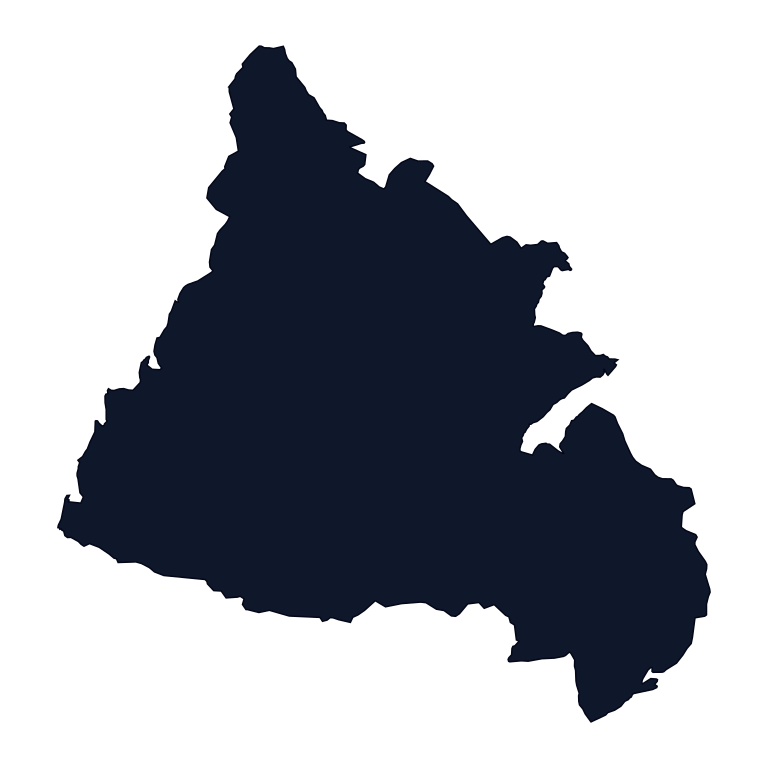 Hartiesti, Arges, Romania
{"feature_id": "2599482B18059402589847", "entity_name": "Hartiesti", "entity_type": "district", "adm_level": 2, "iso_a3": "ROU", "parent_name": "Romania", "parent_adm1": "Arges", "projection": "albers", "projection_center": [25.135, 45.121], "detail": "fine", "context": "isolated", "style": "filled", "palette": "ink", "viewbox_px": 768, "rotation_deg": 0, "n_neighbors": 0, "source": "geoboundaries", "source_scale": "gbopen_adm2", "svg_char_len": 6064}
<svg xmlns="http://www.w3.org/2000/svg" viewBox="0 0 768 768"><path d="M706.5,614.9L706.5,604.1L708.3,596.7L710.1,592.2L709.7,589.2L705.2,574.3L706.6,568.8L706.8,564.6L705.3,561.4L698.3,551.5L694.8,544.6L694.9,541.9L697.1,537.1L695.7,534.7L686.1,530.7L682.1,528.0L681.3,526.8L682.1,514.9L683.0,511.6L694.8,503.7L691.1,489.0L689.2,487.7L683.6,487.5L677.6,485.7L676.3,484.8L673.2,480.2L671.2,478.9L662.4,478.8L658.0,477.3L654.7,474.8L650.5,469.2L641.5,465.3L635.7,461.2L632.6,457.2L630.5,453.3L624.8,440.9L622.7,433.8L617.5,423.5L615.0,416.9L613.5,415.2L602.4,408.8L591.6,403.6L586.5,407.7L582.7,411.7L579.1,414.7L578.2,416.1L576.3,417.1L573.9,420.3L571.6,420.7L569.9,425.0L566.4,428.4L565.7,431.5L565.4,436.5L562.6,441.0L560.2,443.8L559.7,446.9L563.6,453.3L562.2,453.3L558.0,450.8L549.6,444.2L547.2,444.1L546.0,443.3L541.5,443.9L539.0,444.9L535.2,449.3L532.5,455.1L521.1,451.8L519.9,450.7L519.9,448.7L520.8,445.2L522.5,441.4L521.6,437.8L523.0,435.7L524.0,432.8L525.0,432.3L526.8,428.9L529.0,426.3L529.3,424.3L531.0,424.2L533.0,422.7L537.0,421.5L543.2,416.7L546.8,412.5L549.9,409.8L553.0,404.5L556.7,402.5L559.6,399.8L561.8,398.6L564.5,397.9L567.7,393.9L571.6,390.0L582.2,384.8L589.6,380.3L592.5,377.9L596.3,376.9L600.2,377.1L602.9,374.8L604.2,372.4L604.0,369.5L604.5,369.7L607.0,374.3L608.0,375.3L615.5,366.6L616.4,364.9L614.6,363.4L614.5,362.4L617.8,359.8L615.0,359.1L609.2,359.0L607.5,356.9L605.4,356.2L603.3,354.5L600.3,355.5L595.4,355.6L590.9,350.9L587.9,345.7L583.0,340.5L581.2,337.4L581.9,334.1L581.0,333.0L577.5,332.2L572.4,332.5L568.1,333.5L565.8,335.3L564.0,335.5L562.4,335.1L559.4,333.0L553.1,330.4L541.0,325.9L537.9,325.8L533.9,326.5L533.1,325.7L533.3,324.0L534.2,322.2L535.3,317.6L534.7,314.8L534.4,309.0L536.2,306.2L536.9,303.9L538.4,302.4L539.0,299.2L541.2,296.3L542.0,293.3L541.8,290.1L544.4,287.6L544.6,286.6L542.7,284.0L543.7,280.4L545.2,279.6L546.7,276.9L549.5,276.1L552.5,268.3L553.9,266.7L557.3,266.5L558.6,267.2L560.8,269.9L562.2,270.6L568.5,269.4L570.1,270.4L571.4,269.9L571.6,269.1L569.3,266.3L568.8,263.8L565.5,261.0L565.5,259.9L566.9,259.1L568.0,257.6L567.2,256.5L564.6,253.3L561.5,251.8L559.4,247.9L558.8,245.7L556.6,242.6L547.6,243.3L543.0,240.9L541.3,241.1L537.7,244.5L530.6,245.3L526.1,244.8L521.1,248.3L516.9,242.1L510.2,237.1L507.0,236.4L502.4,237.7L490.8,244.3L466.6,216.0L457.5,203.8L451.6,199.7L448.4,196.5L424.9,181.6L429.4,174.4L433.6,166.1L432.1,163.7L427.7,161.0L418.0,161.1L410.3,158.4L401.4,162.6L394.8,168.5L389.3,174.8L385.7,187.0L383.9,189.0L379.2,187.0L373.6,182.2L365.2,178.7L357.6,173.1L358.3,169.6L359.6,168.1L363.2,166.2L364.7,164.5L365.9,154.7L350.1,147.6L349.9,146.9L361.5,143.3L364.1,143.1L364.6,142.3L364.3,141.4L362.0,139.7L347.4,131.5L346.0,129.7L346.2,125.1L344.3,123.0L339.4,122.8L332.4,120.6L326.5,120.2L325.2,115.4L323.1,112.9L322.1,110.4L319.5,107.4L314.1,97.9L308.5,94.6L306.1,90.7L304.8,87.4L296.1,76.8L295.4,69.1L291.8,62.6L289.0,60.8L287.2,58.4L285.3,53.4L284.6,49.4L283.3,46.3L273.5,48.6L269.4,47.9L264.4,47.8L261.3,46.2L259.2,46.1L250.2,54.6L242.3,64.1L243.0,67.4L236.7,73.7L235.5,76.3L235.0,79.0L228.7,87.0L229.2,87.2L229.3,91.9L233.9,108.9L229.8,114.0L231.7,117.1L230.1,122.8L236.3,137.5L238.4,151.1L228.8,156.4L224.7,166.7L225.1,168.7L222.1,171.3L208.7,187.6L206.9,198.0L216.3,209.4L229.7,216.6L227.7,220.9L225.3,224.4L219.9,230.2L217.5,233.6L214.7,245.0L211.5,249.5L209.5,262.0L210.0,267.2L212.9,270.7L211.6,272.3L197.8,281.0L187.9,284.5L185.5,286.0L183.6,287.7L180.0,293.5L177.9,299.3L178.4,302.1L176.9,302.0L175.2,300.8L171.3,311.4L169.4,314.2L168.1,323.1L166.9,326.8L164.4,329.7L159.9,337.4L157.0,338.0L155.0,345.0L154.0,351.3L154.9,355.0L157.0,357.6L158.3,363.3L161.7,368.1L159.9,369.7L152.2,369.3L147.5,365.6L147.1,364.5L148.3,362.7L148.3,360.5L149.6,357.0L149.0,356.2L146.4,357.4L145.3,359.1L143.7,360.2L143.0,361.5L141.4,362.6L139.3,372.4L139.8,377.5L140.5,379.9L140.2,382.5L133.0,390.3L128.5,390.0L123.7,388.6L119.3,388.9L114.1,390.5L111.1,390.3L108.5,388.7L107.5,390.4L107.9,393.6L105.9,394.2L105.0,396.1L105.1,402.7L106.2,409.5L106.2,419.5L107.1,421.2L104.5,423.9L104.0,425.6L102.2,426.0L99.1,423.3L97.5,420.9L95.9,420.7L95.3,421.1L94.9,431.9L90.0,442.1L87.3,449.1L85.5,451.4L82.6,456.6L77.9,460.2L79.7,462.6L78.3,466.7L78.3,468.7L77.1,473.2L77.1,475.8L78.0,478.7L80.0,492.8L83.4,496.9L80.8,503.1L68.4,501.8L69.1,500.0L67.5,499.4L69.5,495.3L66.9,495.5L65.0,498.8L64.6,502.5L61.2,519.2L58.3,525.3L57.9,527.6L58.9,527.6L59.8,529.3L61.1,528.9L61.8,530.1L63.7,531.1L64.9,535.6L67.4,537.5L71.0,537.4L78.4,541.5L81.1,544.3L84.0,546.2L89.5,543.6L99.2,547.3L109.1,554.0L113.9,558.1L116.5,558.8L118.1,562.5L135.9,561.9L141.5,563.5L149.4,567.6L154.5,571.9L163.8,575.5L205.1,579.5L206.9,581.4L207.5,583.9L213.7,590.6L221.2,591.0L226.1,597.9L237.5,597.1L240.2,596.3L244.1,598.8L242.5,604.5L246.0,609.6L247.5,609.6L258.9,612.5L269.4,610.3L289.2,616.0L320.0,617.4L322.5,621.3L327.1,620.1L330.2,617.6L333.1,617.8L338.7,619.7L350.4,622.4L352.8,617.3L358.0,614.9L364.5,610.4L375.3,600.7L385.5,606.8L401.5,603.6L420.7,602.1L426.0,602.7L436.4,609.2L444.0,610.5L451.4,615.9L455.6,616.3L459.5,613.7L467.7,603.9L479.0,602.5L484.2,608.3L494.2,604.6L505.6,615.3L508.9,616.8L510.4,622.4L514.5,625.0L516.4,640.0L517.8,640.4L518.8,641.5L514.9,645.8L512.9,646.4L512.0,648.4L511.6,654.8L508.9,657.7L508.1,659.4L508.6,661.3L509.7,661.8L521.3,660.8L528.2,661.2L541.9,658.7L554.4,658.1L563.5,656.4L565.6,655.4L569.0,652.3L570.0,652.5L570.9,653.3L574.7,659.9L574.5,666.2L575.6,670.5L576.0,681.1L576.7,685.2L579.2,693.3L578.6,695.8L578.8,701.4L579.5,704.9L582.9,709.0L585.2,713.9L591.0,721.9L605.6,715.0L607.8,712.6L614.6,710.2L620.9,706.2L624.8,701.3L628.5,699.5L629.4,698.1L631.3,697.0L632.4,694.4L633.8,693.5L652.6,689.5L656.7,687.6L657.2,686.2L654.9,684.6L655.1,683.8L657.2,681.4L657.5,679.7L656.4,679.0L650.8,678.6L642.6,683.8L641.9,683.1L642.0,680.9L642.9,678.6L648.0,670.0L650.9,667.4L652.2,668.1L652.0,671.4L653.0,672.3L662.1,672.2L663.8,671.7L666.1,669.6L676.5,663.1L682.8,655.1L687.0,648.4L691.2,643.5L692.4,637.6L695.0,617.8L704.7,616.2L706.5,614.9Z" fill="#0f172a" stroke="#020617" stroke-width="1.5"/></svg>